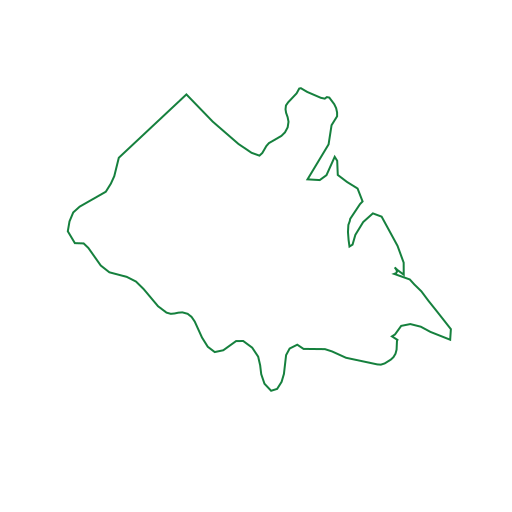 Thái Bình, Equal Earth projection, rotated 328°
{"feature_id": "VNM-471", "entity_name": "Thái Bình", "entity_type": "Province", "adm_level": 1, "iso_a3": "VNM", "parent_name": "Vietnam", "parent_adm1": "", "projection": "equal_earth", "projection_center": [106.435, 20.492], "detail": "fine", "context": "isolated", "style": "outline", "palette": "green", "viewbox_px": 512, "rotation_deg": 328, "n_neighbors": 0, "source": "natural_earth", "source_scale": "10m", "svg_char_len": 1737}
<svg xmlns="http://www.w3.org/2000/svg" viewBox="0 0 512 512"><g transform="rotate(328 256 256)"><path d="M383.0,137.5L386.3,143.9L394.8,156.2L397.7,159.0L400.3,158.8L402.1,160.5L402.8,168.7L402.3,173.1L400.8,177.3L398.8,180.5L389.4,185.1L376.7,199.8L340.3,218.3L350.3,225.4L358.6,224.8L375.3,213.6L375.3,218.3L368.3,230.6L372.4,241.4L377.9,252.6L375.3,266.2L371.7,267.1L355.6,274.4L354.0,276.1L350.8,278.6L346.7,284.4L343.0,291.5L340.3,297.5L343.9,297.5L351.5,290.7L364.9,284.0L377.7,281.8L383.4,289.2L381.4,322.4L377.7,339.9L371.4,350.1L368.5,342.8L367.6,339.2L367.8,342.2L367.2,344.0L365.8,344.8L363.7,344.4L374.0,357.4L375.2,364.1L377.5,373.5L378.5,385.4L380.2,400.0L382.5,421.3L376.3,429.9L363.7,412.8L358.3,403.3L350.8,395.5L342.1,392.2L332.3,396.2L328.7,396.2L331.5,402.1L330.5,402.8L325.6,409.9L322.5,412.8L319.0,414.6L315.5,415.3L308.2,415.3L304.3,414.3L301.4,412.2L278.4,390.0L269.9,377.2L265.1,371.5L247.1,360.0L244.0,353.1L235.5,352.3L229.0,356.0L217.2,370.8L211.0,376.3L203.5,379.9L197.4,378.3L195.5,368.8L197.8,359.0L201.6,350.9L204.5,342.5L204.2,331.7L200.1,321.3L194.0,317.6L178.3,318.6L170.1,315.6L167.0,307.4L167.0,296.5L169.3,279.2L169.1,273.6L167.4,268.8L163.7,264.8L160.1,262.9L156.5,261.6L153.1,259.9L150.1,256.6L146.3,246.7L143.2,224.6L140.7,214.1L135.4,205.3L123.0,192.1L119.3,181.8L118.1,160.3L116.5,154.0L109.2,149.1L109.5,135.3L116.2,127.8L124.1,122.2L132.6,120.7L162.7,121.9L171.3,117.7L178.1,113.2L191.7,100.0L282.6,82.1L290.5,119.1L300.5,151.7L306.9,166.1L312.1,172.7L315.9,172.0L323.1,168.2L326.8,167.1L341.2,167.6L346.1,166.5L351.0,163.7L354.7,159.4L356.4,155.0L357.4,150.5L358.8,147.2L361.2,144.2L364.7,142.7L376.6,139.6L381.4,136.9L383.0,137.5Z" fill="none" stroke="#15803d" stroke-width="2"/></g></svg>